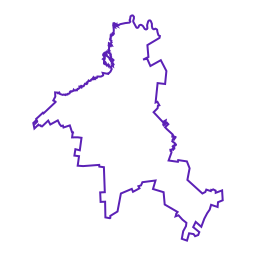 the district of Casas, Tamaulipas, Mexico
{"feature_id": "50627088B27179014352278", "entity_name": "Casas", "entity_type": "district", "adm_level": 2, "iso_a3": "MEX", "parent_name": "Mexico", "parent_adm1": "Tamaulipas", "projection": "mercator", "projection_center": [-98.689, 23.544], "detail": "fine", "context": "isolated", "style": "outline", "palette": "violet", "viewbox_px": 256, "rotation_deg": 0, "n_neighbors": 0, "source": "geoboundaries", "source_scale": "gbopen_adm2", "svg_char_len": 5623}
<svg xmlns="http://www.w3.org/2000/svg" viewBox="0 0 256 256"><path d="M57.4,92.6L55.1,92.4L55.3,96.6L53.3,100.5L55.6,101.7L55.6,102.0L43.5,113.4L42.9,112.7L36.1,119.0L37.1,121.0L37.2,121.7L35.5,123.3L35.2,121.2L33.3,123.0L34.4,128.5L38.4,124.7L38.8,125.3L40.5,125.3L41.0,126.2L42.1,126.4L48.2,120.6L50.3,124.5L57.8,120.4L59.7,124.3L61.2,126.1L62.9,125.6L63.5,127.5L69.8,125.4L72.0,132.1L72.8,132.1L73.0,132.6L72.7,132.7L72.1,137.4L77.7,137.3L81.5,137.8L79.8,150.3L75.4,149.2L74.4,155.6L79.0,156.2L77.7,165.7L83.1,166.1L99.2,164.9L99.3,166.6L103.9,167.2L104.8,192.2L100.2,192.4L100.6,201.9L105.1,201.7L105.4,217.4L109.9,218.2L110.3,217.9L110.3,215.9L117.5,211.5L120.9,193.5L131.8,188.9L133.0,191.8L139.5,188.3L138.4,186.2L141.0,185.4L142.4,182.2L155.5,180.5L153.0,189.0L163.6,192.2L164.7,204.5L177.6,212.0L176.2,213.8L176.0,215.2L175.6,216.3L178.5,215.3L182.5,219.7L186.4,222.8L186.0,226.1L183.2,231.2L181.8,238.8L187.0,240.6L189.1,233.3L193.6,234.1L195.1,236.2L198.2,235.0L199.3,232.1L193.2,227.1L195.7,221.9L201.3,226.8L204.3,218.7L207.2,213.2L209.7,209.6L211.1,204.8L217.6,207.0L218.0,202.2L222.7,200.3L222.1,190.4L215.7,192.8L215.6,190.6L213.2,189.4L211.8,190.1L211.2,189.9L210.8,191.1L206.3,189.6L205.3,192.0L202.4,193.5L187.4,179.9L189.6,168.3L186.9,161.4L178.2,160.1L177.9,161.8L168.6,160.5L171.5,152.4L171.4,151.7L170.6,151.1L170.4,149.8L170.7,149.8L171.0,150.3L172.5,148.9L172.7,149.0L172.6,149.6L173.1,149.8L173.8,148.7L174.3,148.6L174.4,148.1L174.0,147.2L173.0,146.9L172.7,146.4L173.4,145.7L174.2,145.7L174.7,144.8L175.4,145.4L175.8,145.1L176.0,144.7L175.9,144.4L174.9,143.6L174.5,142.7L173.6,142.4L172.3,141.3L172.6,140.8L172.5,140.0L173.3,138.6L173.6,138.6L173.6,139.4L174.1,139.5L174.3,138.9L175.5,137.5L175.5,137.0L175.1,136.9L174.5,137.3L173.6,136.9L172.3,136.7L172.3,136.4L173.2,136.3L173.4,135.9L172.6,135.3L172.5,134.9L172.7,134.5L166.8,129.1L165.1,127.3L168.3,124.2L166.9,122.7L163.7,125.4L163.2,124.7L163.4,123.5L163.7,122.8L164.5,122.6L164.9,122.2L165.2,122.9L165.7,120.4L162.8,122.0L153.6,112.2L157.6,108.2L157.9,105.7L159.3,105.3L157.4,101.8L155.6,102.5L157.6,83.1L165.1,84.0L166.4,71.0L160.8,60.2L150.4,66.0L147.3,59.0L145.6,59.0L143.1,59.6L148.4,57.0L147.4,45.1L159.5,37.9L159.9,36.0L158.8,35.5L158.3,34.9L157.4,31.8L157.1,29.7L156.3,29.1L155.3,28.7L154.3,29.2L153.4,29.2L152.4,28.3L151.9,26.2L151.9,23.8L150.8,21.1L150.2,20.5L149.2,20.4L148.2,21.3L147.1,25.1L147.4,28.3L147.0,29.0L146.3,29.4L145.7,29.4L144.7,28.9L143.0,26.1L141.7,25.1L140.8,24.8L139.5,25.2L139.0,25.8L138.5,27.1L137.9,27.7L137.1,27.9L136.3,27.4L133.3,21.8L133.2,20.8L133.9,18.6L133.9,16.7L132.9,15.5L132.4,15.4L131.5,15.6L130.5,16.4L130.1,19.1L129.6,20.1L130.3,21.3L130.3,21.7L129.4,22.6L125.2,23.1L120.5,24.1L119.1,24.7L118.9,25.1L117.4,25.0L117.0,25.4L116.9,25.0L116.7,25.5L117.1,26.1L116.7,25.9L116.4,26.1L116.4,25.5L116.0,25.5L116.6,24.9L116.4,24.5L115.2,23.7L114.8,23.7L114.4,23.5L114.1,23.1L113.7,23.2L113.7,23.5L113.4,23.5L113.3,24.5L113.9,24.6L113.4,24.8L113.3,25.2L113.9,25.4L113.4,25.6L113.4,26.4L113.9,26.6L114.2,27.0L113.7,26.8L113.5,27.1L113.8,30.1L113.6,32.5L113.8,33.3L112.9,33.2L113.0,34.1L113.3,34.4L113.1,34.8L112.6,34.8L112.3,35.2L112.0,35.1L112.1,35.4L111.3,34.5L111.1,35.0L110.7,35.1L110.7,35.8L111.1,36.6L110.6,36.9L110.5,37.8L110.8,38.2L110.6,38.7L110.3,38.7L110.0,39.1L110.2,39.7L110.5,39.6L110.7,40.1L111.4,40.6L111.2,41.6L111.8,42.0L112.2,41.8L111.7,42.3L110.5,42.3L111.3,42.7L110.8,43.5L110.8,44.6L111.6,44.9L111.9,45.5L111.0,45.3L110.8,46.0L110.1,45.7L109.6,44.9L109.8,44.4L109.3,44.1L109.3,43.4L108.9,43.2L108.8,44.5L109.1,44.7L108.6,45.5L109.3,47.3L109.0,47.8L109.1,49.1L108.5,49.8L109.3,50.6L108.9,50.7L109.0,51.2L108.4,50.7L107.5,51.9L109.0,53.1L110.2,53.4L110.1,53.9L110.7,54.2L110.9,54.7L110.9,55.2L110.4,55.5L110.5,55.7L111.2,57.0L110.6,58.0L112.8,59.4L113.5,60.1L112.8,61.1L112.2,61.1L112.5,62.6L113.6,64.5L112.8,65.6L112.9,66.1L112.1,65.5L113.0,64.9L113.2,64.0L112.5,63.4L111.8,63.5L111.8,61.9L111.1,61.4L110.8,60.3L110.0,59.7L109.8,59.0L109.5,58.8L109.1,57.6L106.8,55.9L106.8,55.1L106.4,54.5L106.6,54.2L106.1,52.4L105.7,53.1L105.6,52.9L105.4,53.2L105.1,53.1L105.2,52.6L104.8,52.6L104.3,53.0L104.4,53.4L104.7,53.5L104.1,53.5L103.9,53.6L104.4,54.4L103.8,54.4L103.6,54.7L103.4,54.3L103.1,54.8L103.1,55.1L103.5,55.7L104.4,55.5L104.5,55.8L104.8,55.7L104.8,56.3L104.5,56.0L104.0,56.2L104.7,58.0L104.7,59.0L104.4,59.2L103.4,58.6L103.0,59.0L103.6,59.3L104.4,61.7L104.9,61.6L105.2,62.0L104.0,62.2L104.0,63.6L104.5,63.9L104.8,63.3L105.8,63.4L106.0,63.7L105.4,63.7L105.4,64.0L106.2,64.8L106.3,64.6L106.7,65.2L106.9,64.8L107.4,64.7L107.4,65.0L107.8,65.4L108.0,65.4L108.2,65.0L108.3,65.3L108.4,65.0L108.7,65.1L108.3,65.5L108.7,66.0L110.1,66.8L109.5,67.5L109.9,67.1L110.8,67.0L110.7,67.4L111.1,67.3L111.7,69.1L110.5,71.6L108.7,73.4L108.4,73.3L108.2,73.9L102.7,72.9L103.1,73.9L103.1,75.4L101.4,76.4L100.4,76.6L97.4,76.5L97.1,77.7L96.4,78.1L95.9,77.7L95.4,78.4L94.7,77.9L94.6,78.1L94.8,78.3L94.6,78.5L93.7,78.4L93.3,77.5L92.5,78.7L93.1,79.1L92.8,79.1L92.7,79.4L92.1,79.3L92.2,79.0L91.7,79.2L91.0,79.9L90.7,80.7L89.5,81.0L88.6,80.5L87.9,81.9L86.8,82.4L86.7,82.9L87.2,83.5L86.7,84.1L85.5,83.7L85.0,83.7L83.6,86.2L82.3,86.5L81.8,85.9L81.3,85.9L81.3,86.7L81.7,87.2L81.5,87.6L80.7,87.3L80.2,86.5L79.4,86.5L79.5,87.5L79.3,88.2L78.2,89.0L77.6,88.9L77.0,90.2L76.2,89.9L75.9,90.4L74.5,90.5L73.7,89.7L73.3,90.8L73.0,91.0L72.0,91.3L71.7,91.6L71.2,91.2L70.5,91.3L69.9,92.0L70.0,92.5L69.5,93.4L69.1,93.6L67.9,93.8L67.6,94.5L67.1,94.6L66.0,94.3L65.6,94.5L65.8,94.9L65.4,95.1L63.9,94.5L62.8,94.9L60.0,94.0L59.6,93.6L59.4,92.6L59.2,92.4L58.2,93.3L57.9,93.3L57.4,92.6Z" fill="none" stroke="#5b21b6" stroke-width="2"/></svg>